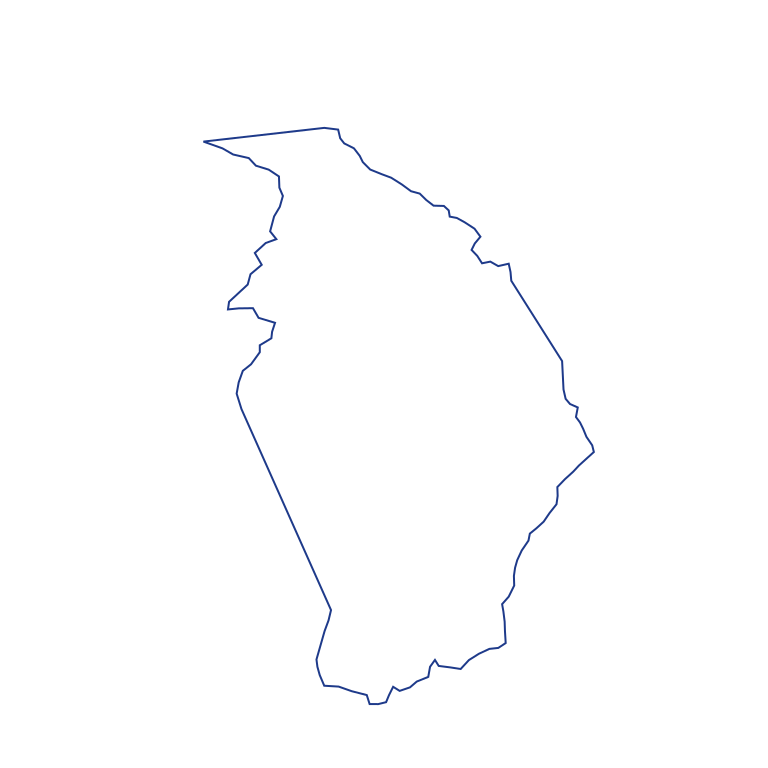 Nazário, Goiás, Brazil, rotated 67°
{"feature_id": "56859067B93863965872709", "entity_name": "Nazário", "entity_type": "district", "adm_level": 2, "iso_a3": "BRA", "parent_name": "Brazil", "parent_adm1": "Goiás", "projection": "natural_earth1", "projection_center": [-49.852, -16.584], "detail": "fine", "context": "isolated", "style": "outline", "palette": "blue", "viewbox_px": 768, "rotation_deg": 67, "n_neighbors": 0, "source": "geoboundaries", "source_scale": "gbopen_adm2", "svg_char_len": 1688}
<svg xmlns="http://www.w3.org/2000/svg" viewBox="0 0 768 768"><g transform="rotate(67 384 384)"><path d="M131.9,326.8L124.9,338.9L90.3,455.5L104.0,440.6L113.8,433.2L123.2,420.2L133.0,416.6L141.6,406.4L151.9,399.6L162.4,403.6L171.4,403.6L180.2,410.7L186.8,419.7L199.0,429.2L208.6,426.5L208.0,437.8L212.9,451.7L226.5,450.0L230.8,464.0L239.2,470.6L247.8,494.5L254.4,498.5L257.6,488.2L263.0,475.0L274.1,473.6L285.1,460.4L292.2,466.6L297.9,469.8L299.8,483.2L306.2,485.9L313.9,498.7L316.7,508.8L325.7,517.1L335.3,523.4L351.4,525.0L571.4,521.1L579.9,527.4L588.2,535.2L611.2,553.8L618.3,555.8L626.8,556.9L638.4,556.9L644.8,544.0L654.2,533.7L663.6,521.4L673.0,522.3L676.4,514.4L677.7,506.4L672.4,501.0L666.3,493.9L672.6,489.5L673.4,478.6L670.7,470.1L670.9,457.7L662.3,452.1L657.9,444.9L664.9,443.8L670.9,433.5L676.3,424.8L671.3,413.7L669.4,402.0L669.0,390.5L671.6,381.9L670.0,373.2L658.7,369.2L649.9,365.8L640.1,363.0L632.8,361.3L628.5,352.3L620.4,342.9L611.4,339.4L604.3,335.1L598.2,330.2L591.1,322.3L584.6,312.2L578.7,308.2L576.4,300.2L573.1,290.8L567.5,282.1L562.1,272.2L554.9,267.9L546.6,264.7L542.3,254.6L538.6,244.0L535.2,236.4L531.6,226.1L528.6,217.4L521.8,216.3L511.7,218.3L503.0,218.2L496.0,218.6L489.4,220.2L481.3,214.8L475.1,220.6L468.6,222.6L459.2,220.9L432.5,211.1L338.7,226.5L330.4,223.8L322.0,222.2L320.1,232.8L312.9,238.3L311.2,246.6L302.5,248.1L294.8,251.0L290.1,245.5L286.1,237.7L276.4,240.0L266.6,246.6L259.6,252.1L255.6,258.1L249.5,256.6L243.5,259.3L239.2,268.7L231.2,273.2L222.7,276.7L217.1,283.8L207.3,289.6L196.9,296.8L189.9,304.2L181.2,312.9L171.5,316.8L164.5,317.2L155.3,319.6L147.0,326.6L140.7,328.3L131.9,326.8Z" fill="none" stroke="#1e3a8a" stroke-width="2"/></g></svg>